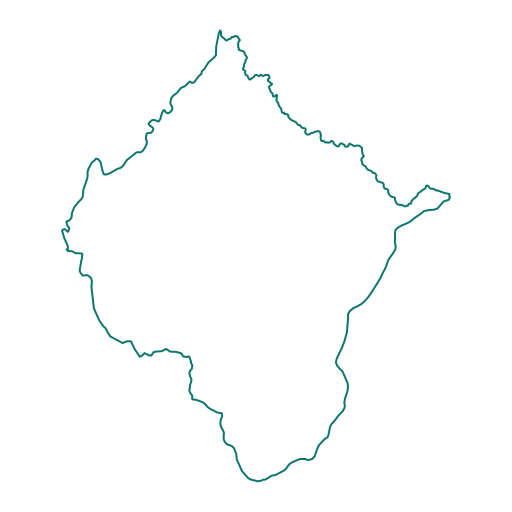 Guadalupe, Huila, Colombia (Robinson projection)
{"feature_id": "7082276B74381710029853", "entity_name": "Guadalupe", "entity_type": "district", "adm_level": 2, "iso_a3": "COL", "parent_name": "Colombia", "parent_adm1": "Huila", "projection": "robinson", "projection_center": [-75.679, 1.985], "detail": "fine", "context": "isolated", "style": "outline", "palette": "teal", "viewbox_px": 512, "rotation_deg": 0, "n_neighbors": 0, "source": "geoboundaries", "source_scale": "gbopen_adm2", "svg_char_len": 5976}
<svg xmlns="http://www.w3.org/2000/svg" viewBox="0 0 512 512"><path d="M449.4,194.0L444.6,193.0L437.4,190.4L435.7,190.4L434.8,189.4L433.1,188.8L430.5,188.6L429.1,187.4L428.2,185.8L426.4,185.6L425.9,186.4L425.7,187.7L424.4,189.1L422.6,189.8L421.3,191.3L418.7,192.8L417.7,194.1L417.2,196.0L416.1,196.7L414.9,198.1L413.4,198.9L411.3,201.5L411.2,202.8L410.9,203.5L408.9,203.8L407.7,205.8L406.6,205.6L405.7,206.3L404.7,206.3L403.4,205.9L402.2,204.8L400.1,205.0L398.0,204.4L396.7,203.5L396.1,202.6L395.0,199.6L394.9,197.9L393.6,197.2L391.5,196.7L390.5,196.0L389.6,195.1L388.1,192.4L388.3,190.9L387.7,189.6L386.8,189.0L385.1,188.7L384.0,187.6L383.7,186.3L383.7,184.3L382.9,183.0L379.1,181.8L377.7,181.1L377.1,180.3L376.2,178.5L376.0,177.3L376.4,175.4L375.5,173.8L374.4,173.0L372.8,172.7L371.0,170.7L369.3,170.4L367.8,169.6L366.6,168.3L365.8,166.6L363.3,165.0L362.3,164.0L362.1,162.2L361.4,160.5L361.4,159.0L362.1,157.8L363.5,156.9L363.8,155.9L363.0,155.0L362.3,152.5L361.9,149.8L362.1,148.2L361.5,147.4L359.2,145.7L356.3,145.5L355.1,146.1L353.7,146.0L352.7,145.0L351.2,144.6L349.8,143.6L348.6,144.7L348.2,146.3L347.2,146.7L345.6,146.7L345.0,146.3L344.2,144.7L343.4,144.5L342.2,143.6L341.1,143.4L339.7,144.2L338.7,146.3L337.0,146.3L334.0,143.9L333.0,141.8L332.0,141.0L331.2,141.0L329.9,142.3L329.0,142.6L327.6,142.7L326.6,142.2L325.2,142.5L323.6,140.9L322.4,141.1L321.6,140.8L321.0,140.1L320.5,137.2L321.0,135.7L320.4,133.7L320.3,132.5L319.1,131.3L317.8,131.2L314.6,131.9L313.6,132.6L311.5,133.0L308.8,134.6L306.8,134.4L306.1,133.8L305.7,132.9L305.1,132.3L305.7,129.5L305.4,128.7L304.5,128.2L302.5,128.0L300.5,126.2L300.1,125.2L298.2,125.0L295.6,121.9L292.6,120.7L290.3,119.2L288.6,117.2L288.2,116.3L288.4,115.8L287.8,114.6L286.6,114.3L286.0,113.9L284.6,114.0L284.1,112.8L283.7,113.0L282.0,112.5L281.2,108.9L279.0,105.8L278.0,102.6L277.5,102.4L276.3,100.1L276.5,98.7L276.9,97.7L276.7,96.6L277.0,95.9L277.0,95.3L276.6,95.0L276.1,95.1L274.5,96.5L272.8,96.0L272.6,93.6L271.4,92.5L270.4,91.0L269.6,88.6L268.9,87.6L269.1,86.9L270.0,85.8L271.8,84.5L272.0,84.0L267.9,80.7L267.8,79.6L269.3,78.1L269.6,77.3L268.3,75.0L265.2,75.0L262.9,76.1L260.8,74.7L259.2,76.1L256.2,74.9L254.9,75.4L253.8,77.0L250.3,79.4L249.5,79.5L248.8,78.8L247.4,75.8L245.5,74.6L245.1,73.3L245.3,71.1L243.3,69.7L242.9,68.5L243.8,67.0L244.1,64.4L245.5,61.3L245.8,59.8L246.9,58.0L246.9,57.3L245.2,54.7L243.9,51.6L238.8,49.8L238.9,48.3L238.0,46.7L238.4,45.2L237.9,43.8L238.4,43.0L238.6,41.5L239.8,40.3L239.6,39.6L238.3,38.0L237.8,36.7L235.1,35.9L233.5,37.1L232.0,36.8L230.5,38.7L228.4,39.3L226.9,40.4L226.0,40.4L224.1,38.4L221.4,36.3L221.0,34.9L221.1,32.1L220.6,31.2L219.9,30.7L218.7,33.8L216.7,44.1L216.2,47.0L215.9,55.2L214.2,57.4L208.5,62.4L204.2,69.1L202.2,70.9L201.6,72.2L201.4,74.0L198.8,76.0L194.7,81.6L193.5,82.6L192.6,82.8L191.7,82.8L189.8,81.6L189.0,82.1L187.7,83.7L184.4,86.5L183.2,86.8L180.7,88.2L177.4,92.5L173.4,95.6L172.2,96.9L171.3,98.1L170.4,102.1L170.6,104.1L171.8,106.3L172.4,108.2L172.1,109.9L170.9,111.5L168.5,113.2L167.7,113.1L166.2,112.6L164.3,110.2L163.2,110.5L161.1,115.7L160.3,119.1L158.7,121.4L157.8,121.3L154.0,119.8L152.2,120.2L151.2,120.7L148.9,123.1L148.6,123.8L149.7,125.5L151.2,126.4L153.1,128.2L153.3,129.2L152.7,130.9L151.3,132.7L147.5,133.2L146.7,133.7L145.9,137.0L146.0,139.5L146.9,141.1L146.6,144.2L144.7,148.1L142.3,151.3L140.5,152.3L138.1,152.2L136.3,152.5L126.8,160.1L123.2,165.6L121.5,167.2L119.7,168.2L117.3,168.9L110.4,173.0L107.6,174.1L105.0,174.6L103.9,174.2L102.7,171.5L100.5,162.2L99.1,160.2L97.5,158.8L95.9,158.8L94.1,160.9L92.1,162.2L88.8,168.2L87.9,170.5L87.4,173.3L87.7,174.9L87.3,178.3L83.2,190.3L83.2,192.7L82.6,197.0L81.7,198.7L78.5,202.0L74.2,207.3L72.0,212.8L71.7,216.1L71.2,218.3L69.1,220.5L67.0,221.2L66.4,222.0L67.1,224.9L68.0,226.6L69.1,227.6L69.3,228.5L68.2,231.5L67.6,231.7L64.9,229.1L62.5,229.8L62.2,231.0L64.3,238.1L67.7,245.9L67.9,248.9L66.8,249.4L67.3,250.4L68.0,251.0L72.4,251.3L75.2,253.1L81.6,253.5L82.3,254.0L82.0,258.6L81.5,259.7L79.8,269.3L79.8,271.6L82.2,275.1L83.2,275.6L86.0,275.1L87.4,275.3L89.3,276.4L91.0,277.9L91.9,281.4L91.5,287.2L93.9,308.4L99.3,320.5L103.2,326.1L105.5,328.2L107.9,332.7L110.4,336.5L122.5,343.0L127.4,341.2L131.0,341.4L134.7,349.2L139.8,356.7L142.1,355.6L144.6,353.2L148.8,355.3L151.4,355.5L153.5,352.2L155.9,351.6L161.8,351.2L166.1,348.9L170.1,351.6L176.3,351.9L181.4,353.4L183.1,356.4L186.9,357.0L188.8,356.4L189.5,357.0L191.0,361.7L191.0,362.8L192.3,365.2L192.0,368.1L191.6,369.1L190.0,370.9L189.4,372.2L190.0,376.3L191.1,378.3L191.4,380.0L191.3,381.4L190.0,385.3L189.9,388.2L189.3,389.7L189.3,390.7L190.4,393.2L192.3,395.8L192.1,398.8L192.9,399.5L194.5,399.5L198.5,400.6L202.9,402.4L204.7,403.6L207.7,407.1L210.5,409.1L212.2,409.8L217.2,412.5L221.8,413.3L222.2,416.7L221.6,417.4L220.6,420.6L220.4,423.5L220.6,425.0L221.8,428.6L223.0,430.1L224.0,433.1L223.6,436.5L223.7,439.2L224.1,440.3L225.0,442.1L227.1,444.4L230.2,445.3L232.5,446.6L234.0,448.3L236.3,454.2L236.8,459.4L242.0,471.2L248.5,478.4L251.3,479.7L258.1,481.3L260.9,480.8L262.6,479.9L265.5,479.5L271.6,475.7L275.7,474.9L283.7,470.7L285.8,469.0L289.0,464.5L292.1,462.3L296.5,460.4L300.1,459.0L305.1,459.0L308.5,460.1L312.4,458.9L314.7,456.2L317.7,447.6L319.1,445.0L324.4,439.3L327.5,437.3L328.4,435.2L330.1,426.6L331.5,424.1L334.5,420.9L338.2,415.9L342.9,410.9L344.3,408.3L344.9,406.2L344.3,402.7L344.9,399.0L347.5,390.9L348.0,386.4L347.6,383.1L342.5,371.4L339.6,368.6L337.1,365.5L335.9,362.3L336.8,358.5L341.9,347.8L344.3,341.6L346.9,332.6L348.1,317.7L348.0,314.1L349.9,311.0L353.4,308.1L356.6,306.8L362.0,303.6L366.1,299.6L368.1,297.3L371.7,292.2L380.6,277.9L382.0,274.4L384.8,269.3L386.3,265.9L387.6,261.6L389.4,258.3L393.4,252.7L395.3,249.5L395.7,246.6L394.8,242.1L395.1,238.0L394.9,233.0L395.5,229.9L398.0,227.6L400.8,225.9L407.8,222.9L410.3,221.5L415.8,217.1L420.5,214.0L424.1,211.0L429.8,210.0L434.0,209.7L437.5,208.5L443.5,201.5L448.7,199.8L449.7,198.0L449.4,197.1L449.8,196.7L449.4,196.1L449.4,194.0Z" fill="none" stroke="#0f766e" stroke-width="2"/></svg>